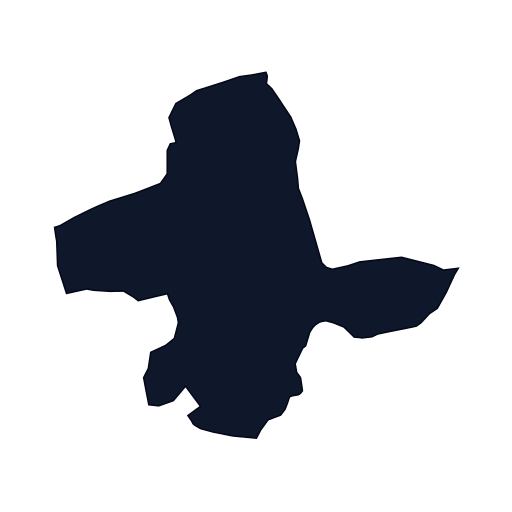 Hays, Al Hudaydah, Yemen (Natural Earth projection), rotated 260°
{"feature_id": "15242507B23661917867997", "entity_name": "Hays", "entity_type": "district", "adm_level": 2, "iso_a3": "YEM", "parent_name": "Yemen", "parent_adm1": "Al Hudaydah", "projection": "natural_earth1", "projection_center": [43.487, 13.93], "detail": "fine", "context": "isolated", "style": "filled", "palette": "ink", "viewbox_px": 512, "rotation_deg": 260, "n_neighbors": 0, "source": "geoboundaries", "source_scale": "gbopen_adm2", "svg_char_len": 2269}
<svg xmlns="http://www.w3.org/2000/svg" viewBox="0 0 512 512"><g transform="rotate(260 256 256)"><path d="M435.2,297.7L435.0,283.9L435.5,270.9L432.8,253.7L429.2,226.8L429.1,226.0L428.1,223.9L426.1,219.7L420.1,203.6L419.6,203.3L419.2,203.0L418.9,202.7L407.4,194.3L399.8,195.0L397.0,195.3L383.0,197.0L381.5,196.5L381.4,191.1L379.4,189.7L375.4,186.9L352.3,182.8L344.0,174.4L344.0,174.2L339.3,150.5L339.3,150.3L338.7,147.2L335.5,121.7L333.4,112.5L331.7,105.5L330.3,100.3L329.4,97.2L329.3,96.9L325.7,84.3L319.9,68.1L319.2,62.6L309.8,62.3L309.0,62.3L305.3,62.3L298.0,61.3L280.9,58.9L252.0,62.9L252.9,83.5L250.5,89.9L246.5,106.2L245.6,112.4L244.4,119.5L236.8,128.3L232.4,132.3L232.6,134.6L232.6,134.8L233.3,145.9L233.6,151.1L234.2,162.3L233.9,162.3L228.7,163.1L227.9,163.2L220.0,166.0L209.3,168.0L204.3,168.0L202.5,167.4L189.6,161.5L189.0,161.2L183.7,151.6L179.8,137.1L179.8,136.9L179.4,135.6L166.6,131.3L164.1,130.5L155.7,124.2L145.4,124.3L128.1,124.6L126.3,130.8L125.3,134.2L127.9,149.5L140.0,164.0L129.4,169.3L117.6,175.2L110.7,161.2L105.5,163.6L104.7,163.9L101.5,165.0L100.0,166.3L99.2,167.2L95.7,171.3L89.9,183.6L83.0,201.4L80.6,209.8L80.6,210.1L78.9,216.1L78.1,219.1L76.5,224.8L83.6,230.2L92.5,239.4L93.8,246.1L95.0,252.6L100.0,258.0L105.6,261.4L111.4,264.5L111.6,265.4L112.0,267.5L112.0,270.2L112.0,273.6L112.9,275.8L115.1,278.3L118.1,278.5L126.5,278.7L128.6,278.7L134.2,275.9L143.1,275.9L149.2,280.2L150.9,281.5L157.1,285.9L157.5,286.7L158.9,289.3L171.6,295.7L175.7,299.5L178.0,302.7L179.9,307.2L180.1,309.7L180.1,313.5L176.6,321.0L173.7,325.5L170.8,330.2L162.9,335.9L159.1,338.6L158.9,339.3L157.4,344.9L157.3,345.0L156.9,345.9L156.3,356.2L158.0,362.0L158.4,375.0L158.9,396.8L159.1,401.7L161.5,406.8L169.1,416.8L173.0,425.5L174.2,426.5L181.3,432.3L186.9,436.9L192.2,440.6L203.3,448.3L208.8,453.1L209.6,438.2L215.8,429.5L217.7,425.3L229.2,399.8L229.5,399.1L231.0,376.3L232.2,357.1L230.4,344.8L229.7,328.9L232.5,323.4L237.9,319.6L282.1,315.0L304.7,311.6L315.2,309.5L325.2,310.4L342.1,311.2L346.0,312.8L354.3,316.3L362.1,318.9L364.0,318.6L374.0,317.4L381.2,315.7L385.4,314.7L386.5,314.5L402.3,307.6L404.3,306.8L417.9,300.7L423.6,296.4L425.2,296.5L426.7,297.1L428.7,297.7L430.9,298.3L432.8,298.2L435.2,297.7Z" fill="#0f172a" stroke="#020617" stroke-width="1.5"/></g></svg>